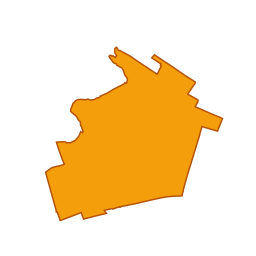 Cernica, Ilfov, Romania, rotated 253°
{"feature_id": "2599482B74723640056211", "entity_name": "Cernica", "entity_type": "district", "adm_level": 2, "iso_a3": "ROU", "parent_name": "Romania", "parent_adm1": "Ilfov", "projection": "orthographic", "projection_center": [26.299, 44.376], "detail": "fine", "context": "isolated", "style": "filled", "palette": "amber", "viewbox_px": 256, "rotation_deg": 253, "n_neighbors": 0, "source": "geoboundaries", "source_scale": "gbopen_adm2", "svg_char_len": 5454}
<svg xmlns="http://www.w3.org/2000/svg" viewBox="0 0 256 256"><g transform="rotate(253 128 128)"><path d="M208.3,140.7L208.5,140.5L208.7,140.3L208.2,139.6L207.8,138.6L207.6,138.4L207.2,138.3L206.2,138.2L205.9,138.1L205.6,137.9L204.8,137.5L203.9,137.5L203.0,137.6L202.3,137.7L201.4,138.0L200.6,138.3L200.5,138.1L199.1,136.4L199.6,136.1L201.5,134.7L201.2,133.9L201.8,133.3L202.5,132.9L202.8,132.1L202.2,130.9L201.0,131.0L200.0,131.2L198.4,131.8L197.2,132.3L195.6,132.8L194.6,133.3L194.1,133.8L193.8,134.3L193.2,135.1L192.8,135.3L192.3,135.4L191.2,135.8L190.9,135.9L190.6,136.3L190.0,137.0L189.4,137.5L189.1,137.7L188.5,138.3L187.7,139.2L187.3,139.6L187.1,139.7L185.7,140.1L184.8,140.4L183.9,140.4L181.2,140.4L179.9,140.4L177.0,141.4L176.1,141.6L175.1,141.7L174.6,141.6L174.1,141.5L173.9,141.4L173.0,140.8L172.2,140.3L172.1,140.2L171.5,139.7L171.4,139.6L171.3,139.2L172.3,138.4L171.3,137.0L171.2,136.2L171.1,135.5L170.9,134.7L170.7,134.1L170.5,132.5L170.4,131.7L170.1,130.1L169.7,128.0L169.5,126.4L169.1,124.6L168.6,122.8L168.0,120.5L167.3,117.7L167.2,117.0L167.2,116.0L167.0,114.5L166.7,112.3L166.6,111.1L166.4,111.2L165.4,109.0L165.6,108.3L165.7,107.7L165.8,107.3L165.8,107.0L165.4,105.5L165.3,105.0L165.2,104.5L165.1,103.3L165.3,102.2L165.6,101.0L165.8,100.5L166.0,99.7L166.5,99.1L167.0,98.7L167.2,98.3L167.3,97.9L167.5,97.3L167.5,96.7L167.3,96.0L167.5,95.4L168.0,94.5L168.8,92.1L169.2,91.2L169.7,88.8L169.8,87.7L169.5,86.3L169.2,85.4L168.6,84.5L168.5,84.4L168.4,84.3L168.1,84.2L168.0,83.3L167.9,82.9L166.3,81.6L164.7,80.4L163.4,79.4L162.3,78.5L161.9,78.3L161.3,78.2L160.7,78.0L160.0,78.4L158.6,79.2L158.5,79.4L157.8,79.9L157.5,79.9L157.2,79.9L157.0,80.0L156.9,80.1L156.7,80.3L156.6,80.5L156.4,80.7L156.1,81.1L155.3,81.3L154.8,81.6L154.7,81.7L154.4,82.0L154.1,82.2L153.6,82.2L152.5,82.5L151.6,82.5L151.1,82.7L150.2,82.9L149.8,83.1L149.2,83.5L148.6,83.9L148.0,84.1L147.6,84.1L147.2,84.1L146.7,84.0L146.3,83.9L146.2,83.9L146.0,83.7L145.8,83.6L145.3,83.6L144.6,83.5L143.7,83.6L143.2,83.7L143.0,84.0L142.1,83.9L141.1,83.9L140.6,83.8L140.0,83.9L139.6,83.9L138.7,84.1L137.9,84.0L137.4,83.8L136.9,83.4L137.4,82.7L138.0,81.9L138.3,81.7L136.2,80.0L135.3,79.3L134.6,78.7L134.3,78.1L133.0,76.2L132.7,75.5L132.5,75.2L131.9,74.3L131.6,73.7L131.5,73.0L131.4,72.7L131.2,71.6L130.7,68.6L130.7,68.4L131.1,67.4L132.0,64.6L132.3,64.5L132.8,64.3L133.0,64.1L133.3,63.2L133.7,62.0L133.8,61.9L133.8,61.7L134.2,60.2L134.4,59.5L134.5,59.3L135.0,57.4L135.4,55.4L129.4,55.4L127.3,55.5L116.8,56.0L112.0,56.5L111.8,53.3L111.7,52.9L112.2,47.6L112.3,44.6L112.1,43.2L111.9,42.1L109.8,36.3L108.0,36.2L103.7,36.1L93.6,35.8L89.3,35.7L86.2,35.6L80.5,35.5L73.4,35.3L71.7,35.3L68.6,34.9L68.6,35.0L68.6,35.4L68.6,35.7L65.2,35.9L62.2,36.0L61.8,36.0L61.2,36.0L60.6,36.0L59.4,36.1L59.4,37.1L59.4,37.4L59.7,41.7L59.8,43.1L60.0,47.7L60.3,51.0L60.5,54.5L60.9,58.5L58.6,58.6L56.8,58.7L53.8,58.9L53.8,59.8L53.9,61.0L53.7,63.9L53.6,65.6L53.5,68.1L53.3,72.1L53.0,76.6L53.0,77.2L52.8,79.1L52.7,81.9L52.7,82.4L54.1,81.8L55.6,81.3L56.2,81.1L56.2,81.4L56.1,81.6L56.1,82.4L56.0,84.0L55.9,84.7L55.8,86.5L55.7,88.7L55.6,89.5L55.2,89.8L54.9,89.9L55.0,91.8L55.1,92.7L55.1,93.7L55.2,96.7L54.6,96.9L54.6,97.2L54.9,97.1L54.8,99.7L54.5,102.7L54.4,103.0L54.1,106.5L53.7,110.0L53.5,112.7L53.5,112.8L53.2,116.8L53.1,119.1L52.9,121.8L52.8,122.6L52.6,125.7L52.5,127.5L52.2,131.0L52.1,133.1L52.0,133.7L51.9,135.0L51.7,137.7L51.5,139.8L51.0,143.9L50.5,146.6L50.0,148.9L49.7,150.4L48.7,154.5L48.1,156.7L47.4,159.6L47.3,159.9L49.0,160.6L51.6,162.4L53.1,163.1L55.2,164.4L56.3,165.0L57.6,165.9L57.8,166.0L62.3,168.9L68.1,172.7L71.2,174.8L73.5,176.4L75.9,178.0L79.4,180.3L81.1,181.5L84.8,184.0L90.0,187.5L92.0,188.8L94.8,190.7L96.6,192.0L98.7,193.4L100.2,194.4L100.5,194.4L107.7,199.2L107.0,200.3L106.0,201.7L105.0,203.3L104.0,204.9L102.3,207.3L101.8,208.1L101.5,208.6L98.8,212.7L105.8,218.2L109.4,221.1L109.8,220.7L110.1,220.3L111.0,219.4L111.3,219.0L111.6,218.6L112.4,217.7L113.5,216.3L114.5,215.1L116.3,213.0L118.1,210.8L120.8,207.7L122.0,206.3L123.6,204.4L124.5,203.3L124.7,203.1L124.8,203.0L125.0,202.8L125.3,202.4L125.4,202.2L126.0,201.6L127.2,200.2L128.6,198.5L131.1,200.9L132.6,202.3L133.4,203.0L133.8,203.1L134.1,203.1L134.5,203.0L134.7,202.8L135.2,202.4L135.4,202.2L135.7,201.9L135.8,201.8L135.8,201.7L136.0,201.6L136.2,201.4L136.6,201.0L138.2,199.5L139.1,198.6L139.9,197.8L140.2,197.6L140.5,197.3L140.7,197.0L141.0,196.7L141.3,196.5L141.5,196.3L141.8,196.0L142.4,195.5L142.6,195.3L142.8,195.3L143.1,195.3L143.4,195.6L145.4,198.0L148.0,201.2L150.2,204.0L151.4,205.5L152.1,205.7L152.3,205.8L154.7,203.8L158.0,201.0L160.3,199.0L160.2,198.9L160.9,198.3L161.6,197.8L162.1,197.4L163.0,196.8L164.4,195.7L166.7,193.8L168.8,192.2L169.5,191.7L169.8,191.4L170.3,191.0L170.7,190.7L171.1,190.4L171.4,190.2L171.7,189.9L173.3,188.6L175.0,187.2L175.9,186.5L176.9,185.7L178.4,184.4L179.5,183.5L181.1,182.1L182.7,180.8L184.2,179.7L185.7,178.4L187.2,177.2L190.3,174.7L188.1,171.2L179.6,178.3L178.6,177.3L178.4,177.2L178.2,177.3L177.5,177.9L177.4,177.9L177.0,177.5L175.9,176.5L175.1,175.6L174.3,174.8L173.0,173.7L171.5,172.3L171.0,171.9L170.9,171.7L171.1,171.5L172.0,170.7L172.7,170.1L173.8,169.2L174.9,168.3L179.2,164.8L180.3,163.9L182.5,162.0L184.6,160.3L186.9,158.5L189.0,156.7L190.5,155.5L191.5,154.7L192.1,154.3L194.1,152.7L197.0,150.3L197.5,149.8L201.2,146.1L203.8,143.5L204.5,142.9L204.7,142.1L205.0,141.8L205.3,141.5L205.6,141.3L207.4,141.1L207.9,140.9L208.3,140.7Z" fill="#f59e0b" stroke="#b45309" stroke-width="1.5"/></g></svg>